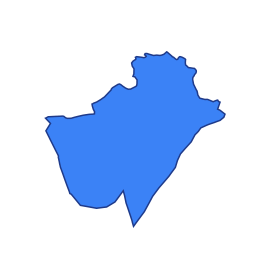 Bilqas, Ad Daqahliyah, Egypt, rotated 221°
{"feature_id": "37247803B88078543557483", "entity_name": "Bilqas", "entity_type": "district", "adm_level": 2, "iso_a3": "EGY", "parent_name": "Egypt", "parent_adm1": "Ad Daqahliyah", "projection": "robinson", "projection_center": [31.411, 31.344], "detail": "fine", "context": "isolated", "style": "filled", "palette": "blue", "viewbox_px": 256, "rotation_deg": 221, "n_neighbors": 0, "source": "geoboundaries", "source_scale": "gbopen_adm2", "svg_char_len": 2789}
<svg xmlns="http://www.w3.org/2000/svg" viewBox="0 0 256 256"><g transform="rotate(221 128 128)"><path d="M128.9,40.4L127.4,40.8L113.2,38.4L99.1,46.8L92.3,54.4L89.3,63.6L90.4,77.5L86.2,74.7L80.3,70.2L75.8,67.6L67.5,62.7L64.2,60.7L62.7,59.6L59.3,57.4L59.6,60.7L59.9,64.3L60.8,75.8L60.9,76.1L63.1,86.1L64.6,92.6L65.4,103.5L65.4,104.0L65.4,111.1L65.5,119.1L65.7,120.5L66.4,129.3L69.4,136.0L71.4,142.8L71.4,143.4L71.4,148.7L71.4,149.8L71.2,159.0L72.4,164.2L73.0,166.9L72.8,169.3L72.7,171.8L72.8,172.5L73.1,175.9L70.6,181.4L69.5,183.6L68.4,185.5L66.4,188.9L65.4,190.8L63.5,194.2L62.7,199.0L63.9,202.1L69.4,201.8L69.6,201.8L70.5,201.7L72.4,201.1L72.7,201.0L75.5,207.9L76.4,207.5L77.5,207.5L78.6,207.9L79.0,207.5L79.9,205.9L81.0,203.7L82.2,203.3L86.4,201.9L87.1,201.5L87.7,200.9L88.7,200.0L91.0,198.8L91.4,198.6L93.4,197.6L96.9,198.7L99.3,200.6L100.6,201.4L101.5,201.6L106.9,203.9L107.2,204.0L111.0,207.0L112.2,208.7L112.4,210.9L112.8,211.9L112.8,213.9L113.3,215.2L114.2,216.1L115.6,216.5L117.1,216.5L117.9,215.9L118.5,215.5L119.2,215.1L120.9,214.0L122.1,213.2L122.8,213.3L123.7,213.4L125.9,213.4L127.5,214.8L128.9,216.6L129.5,217.5L130.6,217.6L133.3,217.0L134.3,216.6L135.4,216.1L135.8,215.7L136.0,214.3L135.6,212.4L136.3,211.5L137.1,211.3L137.6,211.3L138.8,211.3L140.1,211.3L141.4,210.8L141.7,211.0L148.2,211.0L148.8,210.8L148.9,209.7L149.3,207.2L150.4,205.1L151.5,203.7L154.2,201.8L156.2,199.6L156.5,199.4L160.1,197.7L161.0,197.3L162.1,196.9L163.0,196.3L163.9,195.4L163.5,194.1L162.1,194.3L161.2,193.9L161.4,192.8L162.1,191.5L163.7,190.6L168.3,187.5L168.7,186.5L168.8,186.2L167.5,185.5L167.2,184.9L167.7,183.2L168.1,181.6L167.9,179.4L165.4,177.5L165.1,177.4L163.3,176.9L163.1,176.9L162.2,176.5L160.9,174.9L159.0,172.6L158.8,171.9L158.1,170.2L156.4,171.1L153.9,170.5L152.8,170.3L150.3,167.4L149.3,165.7L149.3,165.3L149.4,164.4L151.6,159.0L152.7,158.0L153.2,157.4L156.1,156.5L158.1,156.3L159.5,156.1L161.9,156.0L163.3,155.6L164.2,154.3L166.1,148.2L166.1,146.4L165.7,145.7L166.1,136.0L166.6,134.2L167.2,131.6L168.7,127.0L170.3,124.0L170.4,123.5L170.6,122.6L170.8,122.4L169.2,121.1L166.5,119.4L163.8,118.3L163.7,118.0L162.6,116.7L162.8,116.4L163.7,115.3L166.1,113.0L166.9,112.1L170.3,108.1L171.4,106.6L173.3,104.0L175.8,100.4L175.9,100.2L177.1,98.3L177.3,98.0L180.2,95.4L181.7,94.8L183.0,94.7L184.0,94.7L185.0,94.2L190.6,88.9L195.6,84.1L196.0,83.0L196.4,81.9L196.7,81.3L189.5,80.6L188.1,72.0L184.0,70.3L183.3,70.0L181.8,69.4L179.7,68.5L178.5,68.0L175.8,66.9L172.2,65.4L169.5,64.3L168.1,63.7L166.3,63.0L164.1,62.1L162.2,61.3L161.2,60.0L160.6,59.6L160.0,59.2L159.0,58.4L157.5,57.3L156.8,56.7L155.5,55.7L154.6,55.1L153.3,54.1L152.6,53.7L151.1,52.9L147.5,50.9L144.7,49.3L141.0,47.2L138.1,45.6L136.7,44.8L136.5,44.7L130.4,41.4L128.9,40.4Z" fill="#3b82f6" stroke="#1e3a8a" stroke-width="1.5"/></g></svg>